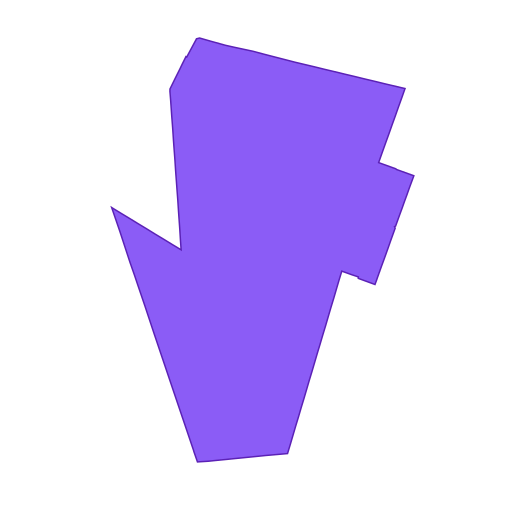 Tonanitla, México, Mexico, rotated 6°
{"feature_id": "50627088B85888677914185", "entity_name": "Tonanitla", "entity_type": "district", "adm_level": 2, "iso_a3": "MEX", "parent_name": "Mexico", "parent_adm1": "México", "projection": "mercator", "projection_center": [-99.056, 19.68], "detail": "fine", "context": "isolated", "style": "filled", "palette": "violet", "viewbox_px": 512, "rotation_deg": 6, "n_neighbors": 0, "source": "geoboundaries", "source_scale": "gbopen_adm2", "svg_char_len": 1840}
<svg xmlns="http://www.w3.org/2000/svg" viewBox="0 0 512 512"><g transform="rotate(6 256 256)"><path d="M219.3,466.9L230.0,465.1L236.6,463.7L249.3,461.1L250.2,460.9L259.4,459.0L268.6,457.1L277.8,455.2L286.9,453.3L289.5,452.8L298.8,451.0L308.0,449.2L309.9,439.3L311.6,430.0L313.3,420.7L315.1,411.4L316.8,402.0L318.6,392.7L320.3,383.4L322.0,374.0L323.8,364.7L325.5,355.4L327.2,346.1L329.0,336.7L330.7,327.4L332.5,318.1L334.2,308.7L335.9,299.4L337.7,290.1L339.4,280.7L341.1,271.4L342.9,262.1L353.1,264.6L360.0,266.1L359.9,267.3L360.6,267.7L377.3,271.9L377.4,271.5L377.9,269.5L378.0,269.2L378.5,267.2L379.0,264.9L379.6,262.5L380.0,260.8L380.1,260.3L380.7,258.1L380.7,257.9L381.8,253.4L383.5,246.7L385.1,240.2L386.7,233.6L388.3,226.8L390.0,219.9L391.5,213.8L390.7,212.3L391.7,211.7L394.6,199.9L396.3,193.2L397.9,186.5L399.6,179.8L401.2,173.1L402.4,168.3L402.9,166.4L404.6,159.7L386.8,155.3L386.0,154.7L368.2,150.3L370.7,139.9L373.2,129.6L375.5,120.3L377.7,111.1L380.0,101.8L382.2,92.5L384.5,83.2L386.7,73.9L376.5,72.6L366.3,71.3L356.1,69.9L345.9,68.6L335.7,67.2L325.5,65.9L315.3,64.5L315.0,64.5L304.9,63.2L294.8,61.8L284.7,60.5L274.6,59.2L263.9,57.6L253.1,56.0L242.4,54.4L231.6,52.7L222.2,51.7L212.8,50.7L203.4,49.6L188.4,47.1L177.1,45.1L174.1,46.2L173.7,47.3L166.3,65.4L165.5,65.0L164.5,67.7L162.7,72.5L160.7,78.1L156.8,88.5L153.0,98.9L153.1,100.0L153.2,101.3L154.9,110.4L156.5,119.6L157.5,125.3L158.3,129.6L160.1,139.5L161.8,149.5L163.6,159.5L165.4,169.4L167.1,179.4L168.9,189.4L170.7,199.4L172.5,209.3L174.2,219.3L175.9,228.9L177.6,238.5L179.2,248.1L180.9,257.7L171.7,253.4L162.5,249.0L153.3,244.7L144.2,240.3L135.0,236.0L125.8,231.6L116.6,227.3L107.4,222.9L118.0,245.7L131.3,275.4L137.4,288.3L141.1,296.4L150.7,317.2L163.2,344.8L188.3,399.5L214.2,455.8L214.7,457.1L219.3,466.9Z" fill="#8b5cf6" stroke="#5b21b6" stroke-width="1.5"/></g></svg>